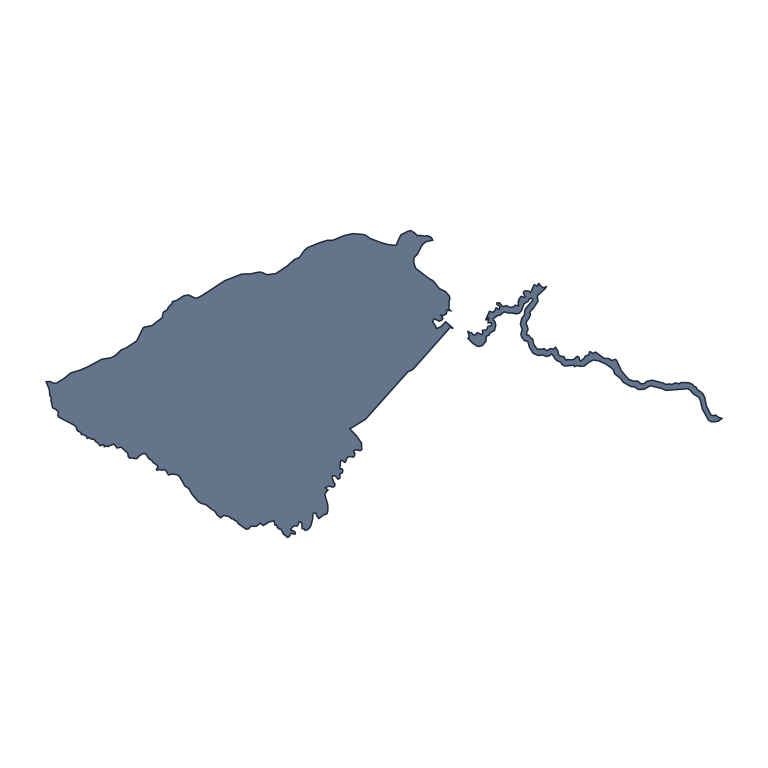 Hatonuevo, La Guajira, Colombia
{"feature_id": "7082276B24784892913162", "entity_name": "Hatonuevo", "entity_type": "district", "adm_level": 2, "iso_a3": "COL", "parent_name": "Colombia", "parent_adm1": "La Guajira", "projection": "robinson", "projection_center": [-72.67, 11.096], "detail": "fine", "context": "isolated", "style": "filled", "palette": "slate", "viewbox_px": 768, "rotation_deg": 0, "n_neighbors": 0, "source": "geoboundaries", "source_scale": "gbopen_adm2", "svg_char_len": 6101}
<svg xmlns="http://www.w3.org/2000/svg" viewBox="0 0 768 768"><path d="M432.7,240.2L431.6,237.9L430.4,236.9L427.2,235.7L424.5,236.2L421.4,235.5L417.1,235.5L414.5,232.8L410.8,230.6L407.8,231.3L401.1,234.7L399.2,238.0L396.7,244.0L396.1,245.0L394.9,245.3L387.8,244.5L380.1,242.3L369.8,238.3L365.8,235.3L362.8,234.4L352.9,233.6L344.8,235.4L332.7,240.3L327.2,240.3L319.6,242.7L307.5,247.7L304.5,250.2L299.4,257.5L294.7,259.3L287.2,266.0L275.6,273.7L266.8,274.7L262.2,272.5L259.4,272.0L250.6,273.8L241.5,274.1L224.7,280.7L202.6,295.2L197.4,297.9L195.1,298.2L188.7,295.0L183.9,295.7L176.8,300.3L172.5,301.6L171.9,303.7L168.2,307.4L167.3,309.7L163.8,311.8L163.1,312.9L162.2,317.7L151.8,325.6L144.2,327.2L143.0,328.0L137.0,340.3L135.5,341.8L125.5,348.3L121.1,349.9L116.7,354.3L113.5,356.6L111.0,357.7L101.6,359.3L88.1,366.7L80.3,370.0L70.7,373.0L63.6,378.8L56.3,383.2L53.8,383.3L50.2,381.5L46.1,381.7L49.3,389.6L49.8,395.6L51.3,397.7L50.9,400.1L52.5,407.3L53.2,408.3L56.4,409.7L58.5,412.1L57.8,415.3L58.5,417.0L74.2,425.2L75.9,426.7L77.3,430.7L80.6,432.4L81.5,434.7L83.3,434.5L86.0,435.8L87.3,438.4L89.4,437.6L91.6,439.3L93.8,439.1L95.7,441.6L98.3,443.2L99.6,445.5L101.3,445.5L103.1,444.5L103.9,444.8L104.3,446.8L106.5,446.0L107.9,446.6L113.5,444.1L114.6,444.7L117.0,448.0L121.2,447.2L127.9,453.4L128.2,456.4L129.7,458.3L131.9,457.8L135.5,458.7L137.0,458.5L139.1,456.1L142.9,453.5L146.0,454.0L148.6,458.5L151.8,460.5L153.0,462.4L157.6,465.6L157.8,467.2L156.5,469.2L156.7,470.2L159.5,469.6L162.1,470.2L164.3,469.6L165.9,470.6L168.4,474.9L173.2,474.0L177.6,475.0L179.6,476.7L184.9,486.0L188.8,488.6L192.3,494.7L198.3,501.6L201.1,503.4L205.9,504.6L210.8,508.7L214.7,511.1L217.1,514.9L220.5,517.8L223.9,515.4L229.4,516.8L231.4,518.7L233.2,518.9L235.1,520.8L236.8,521.1L238.1,523.5L246.2,529.3L249.0,528.6L249.6,527.2L251.9,526.2L256.2,526.4L260.4,523.2L263.2,525.6L269.5,521.8L274.1,521.0L274.9,525.0L276.7,525.2L277.4,527.4L279.0,528.9L281.1,529.3L283.7,534.6L284.7,534.8L287.4,537.4L288.8,536.9L291.4,533.2L294.3,534.2L295.3,533.9L295.3,532.4L294.5,531.6L293.3,530.7L290.7,530.2L290.5,529.3L293.7,526.1L297.5,525.9L299.2,521.8L300.2,521.8L301.9,523.5L302.1,528.6L304.1,529.0L305.2,530.4L307.2,529.9L309.2,528.3L311.0,525.5L312.7,518.5L312.8,514.6L313.7,513.1L315.6,513.0L317.4,517.0L319.0,518.6L323.5,514.9L326.5,514.1L327.3,513.1L327.9,509.7L327.8,504.7L324.9,495.0L325.4,493.1L328.0,489.9L325.7,488.4L325.4,487.6L328.8,486.2L333.2,487.2L334.7,485.9L335.0,484.0L333.7,482.1L332.1,477.1L332.8,475.5L335.6,476.4L338.1,479.2L340.0,478.1L339.7,474.4L342.5,472.6L342.8,470.0L342.2,469.0L339.8,468.6L340.6,460.8L342.0,460.3L344.6,462.3L345.5,462.0L346.8,458.2L347.9,457.0L350.0,456.5L353.1,457.1L354.1,456.7L355.0,453.7L353.6,451.5L353.8,450.7L355.8,449.8L360.3,450.7L361.8,449.6L361.4,442.9L356.1,435.4L349.8,428.9L365.5,419.3L407.8,371.9L412.0,370.0L413.7,368.6L450.5,327.1L452.4,328.4L452.8,328.1L445.7,321.8L440.8,326.8L436.4,328.6L435.4,325.6L432.8,322.0L433.7,319.2L434.8,319.0L439.2,321.2L441.8,320.1L442.9,318.4L441.0,315.3L442.5,315.8L446.3,314.0L447.0,310.2L450.7,310.7L448.6,308.5L449.2,304.7L449.0,300.8L449.9,299.3L449.5,296.3L445.6,291.6L439.4,288.6L433.1,280.8L428.5,278.2L415.8,268.4L414.1,264.0L413.7,260.3L414.3,257.3L417.4,254.2L422.4,244.6L426.0,241.7L432.7,240.2ZM468.0,338.4L472.4,343.0L476.8,346.0L478.9,346.5L482.6,345.4L485.9,341.2L486.3,336.3L489.0,335.2L490.2,332.8L494.5,330.5L495.8,325.1L494.9,321.7L493.5,320.2L493.2,318.8L497.4,315.6L500.2,315.1L503.2,312.5L504.9,312.0L508.3,313.1L511.7,313.0L516.6,313.9L519.4,313.1L521.6,310.7L524.0,303.8L528.1,301.3L529.7,298.6L531.7,298.2L532.5,299.2L532.6,300.4L525.6,308.6L524.7,310.8L524.4,315.0L521.8,318.2L520.4,324.2L522.2,329.3L520.9,334.3L521.5,336.7L524.4,340.6L527.8,341.5L529.4,347.1L532.3,352.2L533.9,353.7L538.5,355.5L542.3,355.0L546.9,356.5L549.8,355.6L551.2,354.2L552.3,354.3L555.4,359.3L557.0,360.7L560.8,362.2L561.7,364.2L564.8,366.1L573.8,365.2L574.5,366.6L577.6,365.6L580.2,366.4L584.2,366.0L589.3,362.0L593.4,360.0L598.5,360.8L605.4,363.8L611.8,368.3L613.2,369.5L614.7,373.9L620.6,378.5L623.4,382.4L630.8,386.5L634.6,386.9L638.3,389.5L644.1,389.3L650.3,385.7L661.9,388.6L666.0,390.4L687.8,388.7L690.0,390.1L693.5,394.0L699.1,397.6L700.7,401.7L702.3,409.0L708.5,420.2L711.5,421.8L715.4,421.8L719.0,420.8L721.9,418.4L718.3,417.2L715.4,415.0L713.4,415.8L710.9,414.9L706.3,405.7L704.9,398.2L703.2,394.1L700.9,391.9L697.3,389.7L695.9,386.9L693.8,386.3L692.7,384.4L688.8,382.7L681.2,382.5L678.8,383.8L675.3,382.9L671.9,384.5L669.6,383.9L665.8,384.4L663.4,383.1L652.2,380.2L646.7,381.3L644.4,383.4L641.4,384.1L637.6,381.0L633.7,381.1L628.5,379.3L621.5,371.0L616.6,360.5L615.5,359.3L611.8,360.5L608.6,358.5L604.1,358.4L595.6,352.1L592.7,353.5L590.4,351.7L589.6,351.8L588.6,355.1L585.4,355.9L584.2,358.2L581.2,360.7L579.9,360.6L579.0,357.3L577.7,356.4L576.5,356.7L574.2,359.3L570.0,359.9L567.7,359.4L566.1,360.4L563.9,356.7L559.8,355.8L558.2,354.0L558.0,351.2L555.6,347.2L553.8,349.0L550.2,348.7L547.2,350.5L546.1,350.4L544.3,348.6L541.4,349.3L536.9,348.9L533.8,344.3L532.6,339.0L530.8,337.9L528.8,335.3L526.5,334.7L526.7,332.2L527.4,331.4L528.0,329.1L527.1,325.7L525.9,323.9L526.7,321.3L529.0,318.2L530.5,314.7L529.9,312.8L530.2,311.5L533.1,308.6L538.1,301.2L537.3,297.2L537.7,295.4L545.2,288.6L546.7,286.2L544.6,287.5L543.1,287.6L541.1,286.3L538.9,283.5L538.2,283.9L537.5,286.2L534.7,284.8L533.9,285.0L530.7,292.5L528.8,291.1L525.4,290.8L523.5,291.7L523.6,293.8L525.4,296.7L524.2,297.4L521.7,296.3L520.8,296.6L518.6,299.9L519.2,301.0L518.1,302.0L518.6,305.7L515.6,305.2L513.2,306.9L510.2,307.4L506.1,305.5L503.3,306.7L501.8,305.7L499.8,302.9L497.0,302.8L496.9,304.4L499.8,306.5L499.6,309.0L498.8,309.6L497.1,308.0L496.0,307.9L495.0,310.4L493.0,312.3L489.4,311.4L485.9,319.2L486.0,319.9L486.7,320.0L488.2,317.8L488.7,318.0L488.0,322.9L491.2,322.8L491.6,323.9L491.2,325.7L488.0,326.3L486.8,329.5L485.8,330.0L482.3,330.4L482.9,333.5L482.0,334.5L477.2,332.7L476.5,333.2L476.2,334.5L473.4,334.9L471.6,332.8L469.1,332.5L468.7,331.5L467.9,331.4L469.0,335.6L468.9,338.2L468.0,338.4Z" fill="#64748b" stroke="#1e293b" stroke-width="1.5"/></svg>